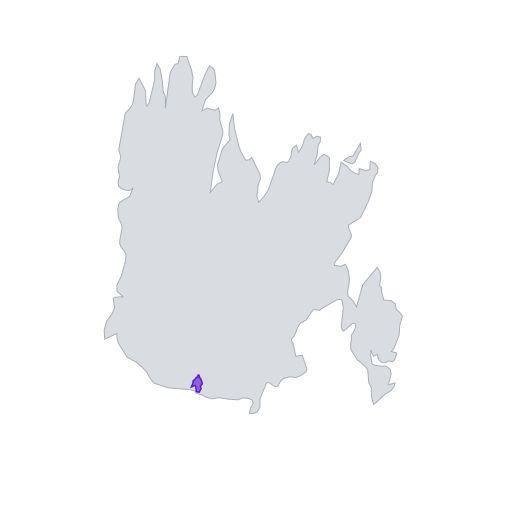 Ireland, with Dublin highlighted, rotated 113°
{"feature_id": "IRL-5575", "entity_name": "Dublin", "entity_type": "County", "adm_level": 1, "iso_a3": "IRL", "parent_name": "Ireland", "parent_adm1": "", "projection": "natural_earth1", "projection_center": [-6.257, 53.366], "detail": "fine", "context": "in_parent", "style": "filled", "palette": "violet", "viewbox_px": 512, "rotation_deg": 113, "n_neighbors": 0, "source": "natural_earth", "source_scale": "10m", "svg_char_len": 4108}
<svg xmlns="http://www.w3.org/2000/svg" viewBox="0 0 512 512"><g transform="rotate(113 256 256)"><path d="M328.6,102.7L317.4,108.5L315.7,110.7L312.5,119.6L312.1,122.2L305.0,132.1L301.0,134.1L295.1,135.7L291.7,137.3L287.5,136.5L282.1,136.6L279.5,138.4L279.6,139.8L281.2,141.3L291.0,145.9L290.4,147.8L287.6,150.0L269.8,155.3L264.5,158.5L262.7,160.7L264.5,164.2L278.6,175.0L281.0,176.1L283.0,182.4L295.5,185.0L300.6,188.9L305.0,189.8L314.6,189.5L318.5,190.9L320.7,189.8L321.9,187.8L332.7,180.2L329.4,174.5L340.3,164.8L343.2,164.9L348.3,167.9L352.5,172.0L353.8,177.5L357.7,182.5L360.3,184.2L367.2,185.2L368.8,187.1L367.5,194.3L368.6,196.7L386.1,196.5L393.2,193.4L399.2,193.9L402.2,197.1L403.6,200.4L398.3,201.7L392.9,201.0L390.2,203.2L390.0,207.4L391.9,212.8L395.5,216.6L398.5,225.2L400.9,234.8L404.7,240.6L405.5,247.8L404.9,251.3L405.6,257.7L404.0,259.9L405.2,265.9L411.6,285.1L412.9,300.2L409.8,305.8L405.5,311.2L402.8,317.6L400.6,324.4L399.3,335.5L390.1,348.5L386.2,351.7L381.7,353.7L391.6,362.8L383.5,366.8L374.6,368.1L364.8,365.8L358.7,366.1L350.9,370.8L349.2,370.0L345.5,362.5L342.8,370.2L337.1,372.7L327.5,372.1L311.3,374.2L305.1,376.4L302.5,379.8L300.5,383.8L298.0,386.2L295.1,387.4L282.6,390.3L280.1,391.5L274.3,397.9L266.7,401.6L260.4,402.7L254.8,399.0L252.5,396.7L250.0,395.6L241.4,395.8L244.1,396.9L245.8,399.6L246.6,404.6L245.6,409.6L241.3,412.1L236.3,412.6L228.2,417.7L217.7,419.1L211.9,423.8L176.9,431.9L174.9,432.0L170.1,429.9L164.9,429.0L159.7,429.7L145.0,434.1L138.0,433.2L147.2,422.1L159.4,416.5L160.7,415.0L156.7,414.2L133.6,418.1L125.6,421.4L117.5,422.4L121.3,417.3L131.8,410.4L140.8,405.8L144.7,401.7L155.6,397.1L120.5,406.7L111.3,405.5L109.2,402.8L102.0,404.1L99.4,397.6L110.2,387.9L116.5,383.7L123.8,381.4L131.0,378.2L133.6,374.2L130.3,372.9L109.2,373.9L99.1,373.1L99.7,369.9L101.6,366.4L112.2,360.5L117.9,359.5L123.0,360.1L131.8,363.6L143.7,362.5L138.9,358.7L138.1,350.9L134.4,348.3L139.3,344.7L144.9,342.5L154.3,335.1L157.6,334.0L175.9,332.2L195.7,328.3L215.3,322.9L205.3,319.9L200.6,316.0L192.8,324.0L187.2,327.0L171.4,328.7L166.5,327.8L159.5,325.3L157.3,326.2L155.3,328.2L144.8,332.1L133.9,333.0L146.7,325.8L163.0,313.6L166.7,309.7L171.9,303.0L170.3,300.1L167.1,298.4L178.9,284.6L183.1,282.1L190.5,281.7L196.0,279.5L198.4,279.5L200.6,278.6L205.5,274.5L198.1,271.9L190.5,270.5L166.9,272.0L163.8,271.7L160.9,270.4L159.0,268.6L157.6,263.9L155.9,262.8L150.6,262.8L145.3,264.3L141.7,264.1L138.1,262.1L143.9,257.3L136.6,256.2L129.1,257.1L122.8,255.7L122.7,252.7L125.6,249.7L121.9,246.8L121.3,243.3L125.2,241.5L129.5,242.1L138.3,239.4L149.6,238.1L140.0,235.5L136.2,233.3L136.1,229.9L136.9,226.9L148.1,222.0L160.1,219.8L159.2,216.5L160.1,213.0L148.2,212.0L136.3,214.4L137.7,207.7L140.6,201.6L141.2,197.6L140.7,193.3L135.2,195.1L134.6,189.1L132.3,184.9L124.1,187.8L124.4,182.3L126.8,178.5L131.2,176.8L135.4,177.6L143.3,177.5L151.0,174.6L162.0,173.9L179.5,174.8L191.4,182.9L194.5,181.4L199.4,176.3L201.7,175.7L219.8,178.0L231.0,180.9L234.0,180.0L232.5,174.3L228.6,170.4L233.6,165.2L239.5,161.7L243.5,160.0L252.7,157.8L256.7,155.8L259.4,149.2L263.6,143.6L240.7,146.5L219.1,140.0L222.6,135.3L227.2,132.7L235.1,130.7L235.9,128.3L240.0,126.3L246.6,121.1L244.3,114.2L245.6,109.2L250.4,105.9L252.0,101.2L254.1,97.8L263.8,96.5L273.1,93.3L287.4,92.9L291.1,94.2L290.3,88.5L297.1,87.8L299.7,88.9L300.8,92.9L303.9,95.5L304.8,99.9L302.7,103.4L299.3,106.0L302.4,108.7L297.5,113.7L302.7,111.6L310.2,106.8L309.9,102.8L308.6,97.9L306.6,93.4L307.6,88.5L311.8,85.5L322.8,83.9L318.4,78.4L322.4,77.9L326.8,79.0L333.2,83.4L346.8,89.5L340.1,94.9L331.9,98.6L328.6,102.7ZM133.9,209.9L133.6,212.5L128.4,209.3L125.9,205.7L111.5,204.0L117.5,200.5L120.5,201.5L130.6,201.7L133.5,203.2L133.9,209.9Z" fill="#d9dde1" stroke="#a8b0b8" stroke-width="1"/><path d="M404.1,258.1L403.6,258.2L399.4,260.7L399.2,261.7L399.7,262.5L401.4,263.8L401.9,264.4L400.0,264.4L397.8,264.4L395.4,265.1L393.7,264.1L391.0,263.5L390.3,262.5L388.3,262.8L387.9,262.2L388.8,261.0L390.0,260.6L390.3,259.3L392.5,257.0L394.6,255.5L396.6,256.1L398.3,256.0L399.4,254.7L403.6,255.1L404.1,258.1Z" fill="#8b5cf6" stroke="#5b21b6" stroke-width="1.5"/></g></svg>